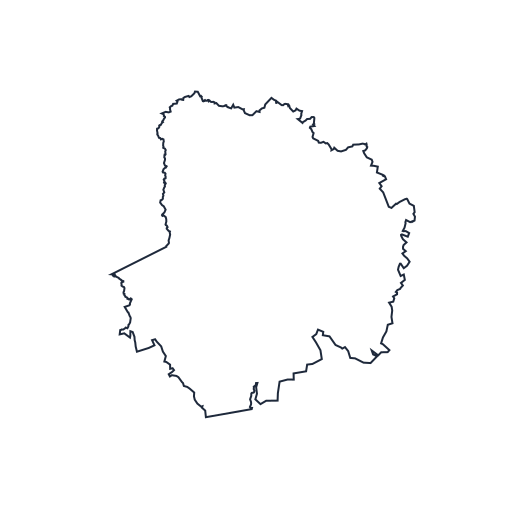 Pixley ka Seme, Northern Cape, South Africa (Natural Earth projection), rotated 219°
{"feature_id": "47623444B63696254381244", "entity_name": "Pixley ka Seme", "entity_type": "district", "adm_level": 2, "iso_a3": "ZAF", "parent_name": "South Africa", "parent_adm1": "Northern Cape", "projection": "natural_earth1", "projection_center": [24.003, -30.211], "detail": "fine", "context": "isolated", "style": "outline", "palette": "slate", "viewbox_px": 512, "rotation_deg": 219, "n_neighbors": 0, "source": "geoboundaries", "source_scale": "gbopen_adm2", "svg_char_len": 6159}
<svg xmlns="http://www.w3.org/2000/svg" viewBox="0 0 512 512"><g transform="rotate(219 256 256)"><path d="M340.3,388.7L343.5,388.6L344.2,379.6L342.8,376.5L344.3,374.4L344.9,371.3L343.9,370.2L346.8,368.8L347.4,363.2L349.5,361.4L354.5,360.1L357.4,361.6L357.8,362.4L358.8,361.5L363.5,360.6L366.2,357.7L368.9,359.2L368.2,355.1L371.5,353.9L371.6,354.1L373.3,353.8L374.0,354.5L374.6,354.0L375.1,352.5L376.0,351.4L379.3,349.4L383.1,349.9L384.2,348.5L385.0,349.3L386.2,349.0L387.2,347.9L388.4,347.3L390.0,347.6L390.2,346.5L391.3,347.2L391.7,346.8L391.9,345.7L392.9,345.0L393.8,345.1L394.1,344.2L393.7,343.9L394.2,343.1L394.8,342.9L398.4,345.0L398.4,345.6L399.6,345.8L400.0,345.0L404.6,347.0L406.9,345.4L406.3,343.7L406.8,339.4L407.8,337.6L409.1,338.0L411.3,334.9L411.9,333.1L410.8,331.5L411.9,330.8L412.6,330.9L414.3,329.3L415.4,326.7L414.2,326.6L413.5,324.6L416.1,322.1L415.8,321.6L415.9,320.9L415.6,320.1L416.3,319.1L416.6,317.3L415.9,317.0L415.4,316.1L413.2,314.5L414.2,312.7L416.9,311.2L418.9,307.5L417.1,308.0L416.0,307.3L415.7,306.8L414.4,306.9L413.9,306.4L413.9,304.7L413.5,303.3L413.6,301.9L413.5,301.5L412.6,301.4L412.9,300.3L412.5,297.9L413.3,297.0L413.3,296.4L412.4,295.6L412.2,293.8L413.0,292.7L412.0,291.3L409.7,289.4L409.5,288.6L408.6,288.1L408.1,288.1L405.8,286.8L404.6,287.4L403.3,286.8L402.6,288.1L401.3,288.4L399.7,286.9L399.3,285.6L397.6,283.3L396.8,282.9L396.2,281.7L394.3,282.1L392.8,281.5L392.4,280.2L390.2,278.0L390.2,277.5L390.8,277.2L390.5,276.6L389.3,274.9L388.2,274.6L387.3,273.6L386.0,270.3L383.7,269.0L382.8,269.0L382.2,269.5L381.9,269.5L381.7,267.9L382.2,267.2L382.5,265.3L381.6,262.7L380.8,262.4L379.3,263.3L378.1,263.0L377.4,261.5L376.4,261.0L375.2,259.6L375.2,259.2L375.9,258.5L375.8,257.3L374.3,256.6L373.7,255.1L373.3,255.1L372.6,255.9L371.8,255.6L371.5,253.6L370.5,252.7L370.4,251.4L369.7,249.2L367.3,247.7L367.4,245.7L365.9,244.6L365.6,243.3L364.4,241.9L364.5,240.3L365.2,239.3L364.1,237.2L361.0,236.4L359.0,236.6L355.4,235.1L354.6,232.2L355.0,229.2L354.8,228.6L353.9,228.3L353.3,229.4L350.6,229.4L348.9,228.1L347.4,226.4L346.1,223.5L345.6,223.3L344.5,223.5L342.9,222.8L343.0,221.7L342.6,221.0L339.7,220.5L338.3,220.9L338.0,220.1L336.2,218.6L334.6,215.4L333.7,213.1L331.9,211.4L331.7,210.8L332.0,207.2L331.5,206.7L356.8,150.8L355.9,151.4L355.3,151.0L355.1,151.8L354.4,152.5L354.1,152.0L354.2,151.0L353.3,150.8L352.9,151.2L353.2,151.8L353.1,152.3L351.8,151.9L348.9,152.6L348.1,152.3L345.8,152.6L345.4,152.3L343.3,153.0L342.9,152.5L343.7,151.3L343.7,150.2L342.8,149.6L341.9,148.3L340.4,148.3L339.2,148.8L338.0,148.3L336.4,145.6L336.2,144.5L335.1,143.4L334.3,143.7L333.6,142.7L332.3,142.5L331.9,142.1L329.8,142.6L328.9,141.8L328.2,142.4L327.2,142.3L326.7,144.2L326.2,144.2L325.8,143.6L325.3,143.9L324.2,139.8L323.6,139.3L323.3,138.1L326.0,133.8L320.1,131.6L319.6,131.8L316.6,130.0L315.0,129.4L314.2,128.8L312.0,125.1L311.6,122.9L311.8,122.3L310.8,120.8L310.5,118.9L312.2,118.4L312.3,117.2L312.9,115.3L314.2,114.3L314.2,113.9L314.9,113.0L312.6,109.3L309.7,113.0L302.6,113.3L303.4,114.8L306.3,118.5L304.0,119.3L299.6,116.7L297.4,114.3L295.4,112.8L292.5,109.9L288.3,106.7L281.5,117.0L278.7,122.7L283.8,125.2L282.0,127.8L279.4,127.0L272.8,126.1L268.2,123.1L263.1,121.5L260.8,116.3L259.0,117.2L254.4,117.5L251.7,114.3L250.2,116.3L247.9,115.7L248.2,113.2L249.4,109.2L247.1,108.2L246.4,110.4L242.4,112.7L240.1,113.0L234.1,111.4L232.7,111.3L230.3,109.6L227.0,111.0L224.0,111.2L218.1,111.0L215.9,107.9L213.2,105.8L208.7,104.4L203.8,104.4L203.1,105.5L202.5,104.1L198.2,103.9L193.5,99.2L163.0,134.3L163.5,135.4L164.5,134.6L165.7,134.8L166.4,137.4L167.1,138.5L168.1,139.5L170.4,140.9L171.6,144.2L173.1,146.2L173.1,147.0L171.9,148.3L171.8,148.7L172.4,150.2L174.1,151.2L174.6,152.2L175.5,153.0L174.9,155.5L176.0,157.3L175.0,158.2L173.3,154.1L168.6,149.6L166.3,144.2L159.3,143.7L157.0,149.9L148.2,157.2L152.7,163.2L158.6,173.2L153.7,179.9L148.9,183.7L152.9,188.4L144.5,197.9L147.9,203.8L144.2,207.6L140.0,217.3L146.6,223.3L155.0,226.6L161.2,228.6L160.0,233.2L161.5,237.8L156.0,239.4L154.2,236.5L148.3,239.8L138.2,236.9L132.3,238.4L130.7,238.3L129.5,241.2L124.5,240.1L118.6,236.1L114.6,238.8L105.3,240.8L99.6,244.9L98.8,254.3L103.0,253.2L106.6,255.4L98.5,255.7L98.1,260.0L93.2,264.1L93.1,266.8L101.9,267.3L103.8,266.8L106.1,272.6L107.2,279.4L110.3,285.5L107.6,289.6L112.4,293.9L115.8,299.3L118.6,301.9L123.2,303.5L120.6,306.9L121.9,310.1L124.0,310.8L122.3,315.0L123.3,316.3L124.7,316.1L124.7,318.5L123.3,321.1L123.5,322.2L123.3,325.5L126.4,326.3L125.3,331.1L129.5,334.6L131.0,331.5L137.0,334.7L138.3,337.3L139.3,340.6L138.7,341.1L133.5,339.5L132.5,343.5L133.0,348.2L137.0,349.3L141.1,349.4L143.8,350.1L142.7,354.0L146.2,354.1L147.5,355.6L148.2,357.4L147.6,361.3L152.4,361.5L156.0,363.1L156.6,363.8L156.2,364.6L150.2,366.5L151.4,370.2L155.3,369.6L157.1,368.0L157.7,367.8L158.4,371.5L160.3,375.5L161.2,376.3L162.0,378.4L157.5,379.3L156.3,381.4L156.0,381.1L155.1,383.3L157.2,386.6L160.2,387.8L160.3,389.9L164.9,394.3L169.7,393.3L174.3,395.4L174.9,395.4L176.0,393.8L178.4,388.4L179.3,385.0L180.1,384.8L181.0,378.6L183.8,377.8L197.2,385.5L202.2,386.2L202.3,389.3L206.1,390.3L203.2,397.5L205.9,399.0L207.0,399.1L207.3,398.3L208.0,398.3L208.5,398.9L214.6,397.0L217.6,402.1L221.1,400.3L223.5,398.6L224.7,402.5L226.7,403.7L232.0,402.4L236.6,403.9L238.7,405.1L237.6,406.8L237.6,409.4L238.1,410.7L238.9,410.7L240.2,412.3L240.9,412.8L241.4,411.3L242.4,411.2L243.9,410.4L246.2,407.5L250.5,403.7L250.1,401.8L252.8,398.4L252.9,395.1L255.7,390.8L258.8,389.1L263.3,389.4L262.9,388.1L263.9,385.7L264.4,386.5L269.7,388.4L271.7,388.6L272.6,387.4L275.4,387.2L276.8,384.8L278.6,383.6L280.1,384.6L285.6,383.4L287.0,384.1L288.6,387.8L290.1,387.9L292.9,389.4L294.8,389.5L295.2,390.7L292.4,393.8L294.4,394.2L293.9,395.3L294.5,395.5L297.5,400.0L298.6,400.3L300.2,399.0L300.3,396.6L302.5,394.6L302.7,392.5L303.8,389.5L303.6,388.7L309.7,388.7L308.4,390.1L308.3,390.8L309.4,394.1L310.3,394.9L311.4,397.6L313.7,396.3L317.3,396.0L316.9,394.1L318.0,391.7L322.6,392.3L323.7,392.8L324.3,393.5L325.7,394.0L325.7,393.1L326.9,393.9L329.1,392.6L329.6,391.8L329.8,390.3L331.0,389.4L336.9,389.2L336.2,387.1L338.2,389.3L340.3,388.7Z" fill="none" stroke="#1e293b" stroke-width="2"/></g></svg>